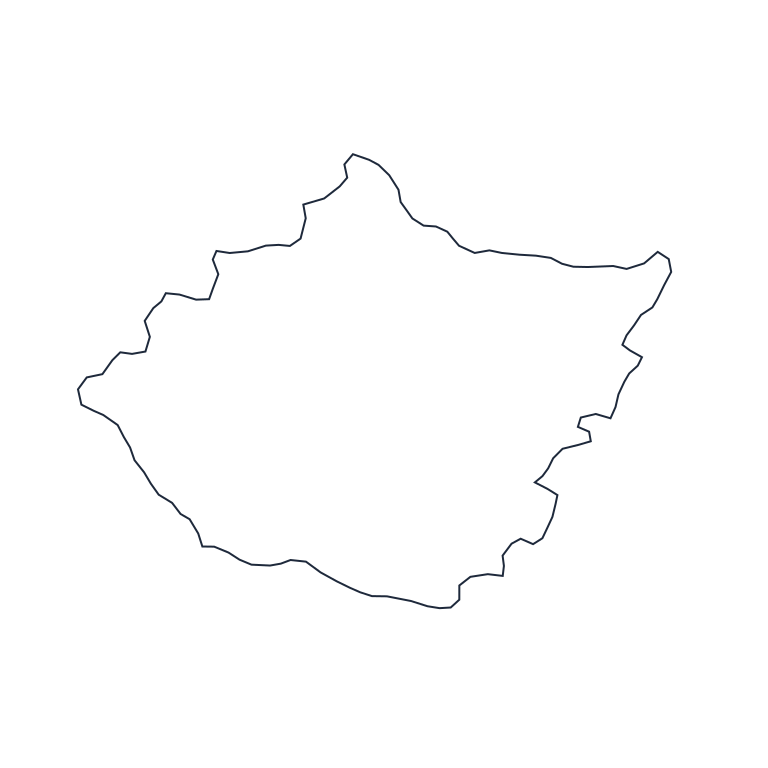 the district of Paraíso, São Paulo, Brazil, rotated 80°
{"feature_id": "56859067B54072387385394", "entity_name": "Paraíso", "entity_type": "district", "adm_level": 2, "iso_a3": "BRA", "parent_name": "Brazil", "parent_adm1": "São Paulo", "projection": "natural_earth1", "projection_center": [-48.767, -21.017], "detail": "fine", "context": "isolated", "style": "outline", "palette": "slate", "viewbox_px": 768, "rotation_deg": 80, "n_neighbors": 0, "source": "geoboundaries", "source_scale": "gbopen_adm2", "svg_char_len": 1780}
<svg xmlns="http://www.w3.org/2000/svg" viewBox="0 0 768 768"><g transform="rotate(80 384 384)"><path d="M301.4,91.5L310.4,106.9L312.8,125.1L307.6,137.8L304.2,162.9L301.4,177.1L296.5,187.8L288.8,197.8L284.0,212.1L280.2,228.1L275.4,245.2L270.7,257.0L270.7,271.9L260.9,286.1L252.9,290.8L245.0,295.2L237.9,305.5L234.9,317.5L225.9,327.3L216.2,331.9L207.7,336.0L195.2,336.0L179.3,342.6L167.3,351.3L160.6,359.8L152.3,374.7L160.9,384.9L174.4,384.4L181.7,393.3L190.9,410.7L193.3,432.3L207.2,432.3L226.3,440.9L231.7,452.7L228.7,463.6L227.2,476.3L229.7,495.0L228.2,513.2L223.9,525.9L231.7,531.0L247.1,528.1L260.6,536.1L270.1,541.5L268.3,554.4L260.4,569.9L256.7,583.1L264.0,588.9L269.2,598.0L280.3,608.7L296.9,606.4L310.6,613.3L310.6,626.9L307.0,638.2L313.4,647.4L325.4,659.6L325.9,675.6L336.1,686.3L351.8,685.6L360.0,674.5L365.8,665.8L378.2,653.4L391.1,649.4L402.4,645.1L415.8,642.9L429.3,635.6L441.7,630.9L453.9,625.1L464.3,613.3L476.7,606.9L483.4,598.9L499.0,592.9L512.5,591.1L514.7,579.5L523.0,566.4L531.9,556.8L538.9,545.9L543.0,527.7L543.0,516.8L541.1,506.6L545.4,491.7L558.5,479.2L570.2,464.7L578.8,452.9L585.0,443.6L590.8,432.7L593.6,418.0L602.4,395.1L610.4,379.8L614.4,368.2L615.7,357.1L609.5,347.3L595.5,344.8L588.9,332.4L589.3,314.8L593.6,300.4L584.0,297.5L573.6,297.0L563.4,286.1L560.1,276.3L567.6,265.0L563.4,254.8L553.7,247.9L544.1,241.2L532.0,235.9L523.5,232.5L515.7,241.2L507.1,252.5L502.2,243.9L495.6,237.0L486.5,230.3L478.8,219.4L477.7,202.9L476.3,190.3L466.6,190.3L459.9,200.5L451.2,196.0L450.3,180.7L457.1,166.9L446.9,160.0L434.9,154.9L423.5,146.9L416.2,140.7L410.0,130.9L402.4,125.3L393.6,136.0L386.8,142.4L378.2,136.7L369.6,127.5L360.6,118.9L355.2,106.4L348.0,100.2L335.1,90.8L323.5,81.7L310.4,81.9L301.4,91.5Z" fill="none" stroke="#1e293b" stroke-width="2"/></g></svg>